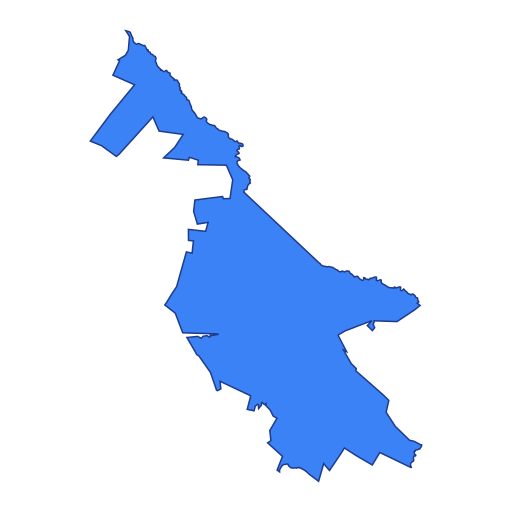 General Simón Bolívar, Durango, Mexico
{"feature_id": "50627088B90896625160823", "entity_name": "General Simón Bolívar", "entity_type": "district", "adm_level": 2, "iso_a3": "MEX", "parent_name": "Mexico", "parent_adm1": "Durango", "projection": "orthographic", "projection_center": [-103.073, 24.84], "detail": "fine", "context": "isolated", "style": "filled", "palette": "blue", "viewbox_px": 512, "rotation_deg": 0, "n_neighbors": 0, "source": "geoboundaries", "source_scale": "gbopen_adm2", "svg_char_len": 6009}
<svg xmlns="http://www.w3.org/2000/svg" viewBox="0 0 512 512"><path d="M129.6,31.8L125.8,30.7L129.5,36.5L128.3,50.3L125.4,55.3L118.0,59.8L119.6,60.7L112.9,75.2L134.6,84.8L110.3,114.3L90.3,141.1L101.6,145.7L116.3,156.4L119.1,154.2L152.9,116.9L159.1,131.1L183.2,134.4L174.7,147.4L163.6,157.9L188.4,160.2L189.4,157.3L198.3,160.2L197.8,164.7L226.4,165.2L232.7,179.8L230.0,198.5L223.3,198.7L222.6,196.5L194.9,200.0L193.6,211.4L197.4,224.1L208.1,222.4L205.6,231.3L188.4,229.4L188.5,240.4L193.4,240.9L192.1,253.2L186.4,251.9L176.6,286.7L172.0,293.6L166.7,302.3L164.8,305.0L175.3,313.2L182.7,332.8L217.2,333.9L218.7,334.3L212.0,335.4L210.8,335.3L210.8,335.7L210.2,335.5L210.2,336.5L209.2,337.1L207.9,336.1L206.8,335.7L203.0,336.3L201.3,338.3L197.6,336.4L186.9,337.5L195.0,351.4L196.7,354.6L198.8,355.8L210.5,372.5L216.5,390.1L217.4,390.7L220.9,388.9L220.0,381.3L250.7,395.8L247.2,409.4L248.4,409.5L248.6,409.7L249.6,410.0L250.7,410.0L250.8,410.1L252.5,410.4L253.8,410.9L254.1,410.8L255.3,405.9L255.9,405.7L256.7,404.9L257.6,404.3L258.6,404.8L258.4,406.0L258.6,408.6L259.4,407.7L259.7,406.8L260.2,406.6L261.2,405.5L261.5,404.8L261.5,402.8L261.8,402.4L262.0,402.3L264.3,404.5L265.6,404.0L266.0,403.6L266.1,404.1L266.0,404.6L265.4,405.0L270.2,410.1L273.2,416.1L277.0,418.2L269.8,430.5L270.9,440.7L267.6,442.8L282.5,456.4L277.1,470.1L279.6,471.9L279.6,469.7L281.9,465.9L282.6,465.4L282.6,465.0L284.1,464.4L285.1,464.4L287.0,464.0L287.7,464.1L288.3,464.4L288.2,464.9L288.6,465.8L290.9,467.8L293.1,468.1L295.3,467.8L296.8,468.4L296.3,468.0L298.2,467.5L299.0,467.9L299.4,467.5L303.1,469.4L305.0,470.6L307.0,472.1L309.3,474.3L318.6,481.3L323.7,463.6L329.5,470.5L340.1,454.8L344.4,448.0L356.7,455.9L372.3,465.0L379.8,452.5L410.7,467.4L411.3,467.4L411.2,466.9L410.7,466.0L410.5,463.7L411.5,462.4L411.9,462.2L412.5,461.5L413.3,461.2L413.6,460.8L413.7,460.3L413.5,458.6L413.7,456.2L414.3,455.9L415.4,456.0L415.8,455.6L415.6,454.9L414.9,454.4L414.6,453.8L414.0,451.9L414.4,451.6L415.1,450.7L415.3,450.8L415.3,450.5L415.6,450.1L416.7,449.8L417.7,449.8L418.6,449.1L419.2,449.1L419.8,448.9L421.5,446.3L421.7,444.9L421.4,444.8L421.2,445.0L420.6,444.7L413.9,441.2L409.6,440.3L395.3,426.4L387.1,413.8L386.4,412.6L386.2,412.0L388.8,400.4L383.3,395.0L355.8,370.8L356.3,368.6L351.3,363.7L343.5,350.1L346.6,351.7L338.3,335.7L338.5,334.8L345.3,330.8L371.7,320.7L367.3,325.6L372.4,330.6L374.7,327.7L373.2,324.4L374.0,322.3L374.2,322.0L374.2,320.8L397.0,321.6L414.8,309.7L420.1,305.5L417.2,303.1L418.8,301.9L417.8,300.2L417.6,298.2L417.1,297.8L415.6,297.1L415.3,296.7L415.2,296.0L414.9,295.5L413.2,294.2L412.7,294.0L411.8,294.2L411.4,294.8L411.0,294.8L407.6,293.2L406.5,291.6L405.6,291.1L403.7,289.0L401.9,290.6L401.5,290.7L401.1,290.6L400.7,290.2L400.4,289.7L400.4,289.1L400.7,287.4L400.6,287.1L400.3,286.9L399.2,287.0L395.9,288.0L394.9,287.1L394.5,287.0L394.2,287.2L394.1,287.9L393.7,288.2L392.3,287.8L390.1,287.8L388.2,287.2L384.9,285.0L382.9,284.0L381.5,282.9L381.3,282.4L381.3,280.6L380.9,279.8L380.1,279.9L377.4,280.7L376.4,280.5L376.3,279.9L376.6,277.7L376.5,277.4L376.1,277.0L374.2,277.2L371.8,278.3L370.4,278.3L369.8,278.7L368.8,279.8L367.8,279.3L366.1,279.3L365.3,278.2L364.4,277.7L363.9,277.6L363.5,277.9L363.8,278.8L363.5,279.7L362.9,280.3L362.1,280.3L361.6,280.1L359.3,278.6L358.1,276.8L357.5,276.3L356.8,276.3L355.0,276.9L354.3,276.8L354.2,276.4L353.0,275.5L352.0,274.3L350.0,273.1L349.4,271.7L349.0,271.2L346.9,270.9L345.2,271.7L344.4,271.9L342.1,271.0L341.4,271.7L339.5,271.7L338.6,271.2L337.4,270.0L336.2,269.6L332.4,267.3L330.1,266.9L329.1,266.5L327.3,266.9L325.9,266.5L324.0,266.3L321.2,265.1L320.0,263.5L319.4,263.2L243.9,192.2L244.1,191.8L243.9,191.2L243.9,190.7L244.3,190.0L245.0,189.6L246.7,189.5L246.9,189.4L247.4,186.9L248.1,184.9L248.9,184.0L250.3,183.1L250.4,182.7L249.8,181.4L250.2,180.1L250.2,179.3L249.2,178.6L248.8,177.9L248.8,177.6L249.6,176.8L249.7,176.1L246.0,172.0L243.6,170.5L240.3,167.9L238.6,166.0L237.0,163.3L237.0,162.1L237.4,161.2L237.7,160.9L238.8,160.3L239.9,160.2L240.1,160.0L240.0,159.7L239.4,158.4L238.7,157.7L237.2,157.0L235.5,156.7L235.2,156.6L235.1,156.3L236.8,154.4L238.8,153.7L239.1,153.4L239.0,152.9L238.6,152.2L237.0,150.9L236.8,150.5L237.1,149.9L237.6,149.5L239.1,149.1L239.4,148.8L239.0,146.9L239.1,145.9L239.5,145.5L239.9,145.4L240.3,145.6L240.8,146.3L241.1,146.5L241.9,146.5L242.8,146.3L243.1,145.3L242.9,144.6L242.5,144.0L242.3,143.8L240.4,143.2L238.4,143.0L237.5,141.4L236.9,140.9L235.6,141.7L235.1,141.7L232.2,139.3L229.8,138.5L229.0,137.8L228.3,136.7L228.4,135.4L228.3,134.1L228.1,133.7L227.3,133.0L225.3,131.8L224.0,131.3L222.2,131.3L220.8,130.6L219.2,130.4L217.7,128.8L216.5,128.4L216.0,127.5L215.4,126.9L214.9,125.9L214.6,125.6L213.6,125.4L213.0,125.6L212.5,125.5L211.6,124.8L210.0,124.6L207.7,123.1L206.7,122.1L206.4,121.5L206.3,120.6L206.8,119.9L206.7,119.0L205.9,118.0L205.1,117.4L204.5,117.1L203.6,117.2L202.4,118.0L201.6,118.8L201.1,118.9L197.9,118.0L197.3,117.5L194.6,112.9L192.3,110.3L191.5,108.4L191.3,106.5L190.0,103.8L189.2,101.0L188.1,99.9L186.7,99.6L186.7,98.7L186.4,97.4L185.1,96.3L183.8,94.6L181.2,93.0L181.2,92.8L181.8,92.3L181.9,92.1L181.2,91.6L181.3,91.0L181.2,90.7L179.8,89.8L179.8,89.5L180.2,88.8L180.0,88.4L180.1,87.4L179.1,86.3L179.5,85.3L179.4,83.9L179.1,83.3L178.3,82.8L177.9,81.4L177.3,80.3L175.8,79.9L174.3,80.3L174.1,79.9L174.2,79.0L172.3,77.5L170.1,75.4L169.9,74.5L170.1,73.9L170.0,73.1L167.8,72.3L167.6,71.7L166.6,70.5L166.0,70.5L164.5,71.5L163.6,71.5L163.0,71.2L161.6,69.9L161.1,70.3L160.6,70.2L160.4,69.1L158.1,66.8L157.4,65.9L156.6,64.3L156.4,63.0L155.4,61.4L155.6,59.8L156.0,58.9L155.8,57.3L155.3,56.5L154.2,56.1L153.0,55.0L152.0,54.3L150.5,53.9L150.4,52.9L150.0,52.2L148.4,51.7L147.9,51.3L147.8,51.1L148.2,50.4L148.2,50.1L147.9,49.8L146.9,49.7L146.6,48.9L145.9,47.8L145.5,46.6L144.7,45.5L143.0,45.5L139.5,43.8L138.5,43.5L138.0,43.5L137.6,43.9L136.9,44.2L136.3,44.2L134.9,43.1L133.8,42.5L133.7,41.8L133.0,40.7L132.9,39.1L133.0,38.7L132.6,37.6L131.3,35.1L130.5,32.8L130.2,32.4L129.6,31.8Z" fill="#3b82f6" stroke="#1e3a8a" stroke-width="1.5"/></svg>